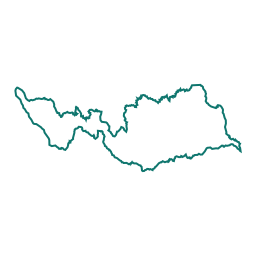 the district of Amajari, Roraima, Brazil
{"feature_id": "56859067B25672649459605", "entity_name": "Amajari", "entity_type": "district", "adm_level": 2, "iso_a3": "BRA", "parent_name": "Brazil", "parent_adm1": "Roraima", "projection": "equal_earth", "projection_center": [-62.603, 3.725], "detail": "fine", "context": "isolated", "style": "outline", "palette": "teal", "viewbox_px": 256, "rotation_deg": 0, "n_neighbors": 0, "source": "geoboundaries", "source_scale": "gbopen_adm2", "svg_char_len": 5846}
<svg xmlns="http://www.w3.org/2000/svg" viewBox="0 0 256 256"><path d="M240.1,147.8L239.3,146.3L239.3,145.3L239.9,143.9L239.5,143.9L238.8,142.1L237.4,141.8L236.5,140.7L236.0,140.8L235.3,139.6L234.5,140.3L233.0,138.8L231.5,139.4L230.0,138.4L229.9,137.4L229.2,137.3L229.5,136.0L229.0,135.5L228.5,135.6L226.2,133.7L226.4,132.1L225.0,127.0L225.9,123.6L225.8,120.2L224.6,117.7L223.6,113.9L222.7,112.7L223.0,110.0L222.8,109.2L221.4,106.8L220.3,105.7L218.2,105.2L218.0,105.8L217.5,105.6L217.0,106.5L217.2,106.8L216.5,106.8L216.3,107.4L216.5,107.7L216.0,108.1L211.1,106.5L208.6,104.7L208.1,103.6L206.9,103.1L205.7,101.1L206.3,98.9L206.2,97.3L205.3,96.4L206.0,93.6L205.4,92.4L205.4,91.5L203.2,88.7L202.9,86.9L201.8,85.9L201.2,85.9L200.5,84.9L192.0,85.3L191.1,87.1L191.2,87.6L189.7,89.2L189.4,90.1L187.8,90.7L187.2,90.4L186.7,89.5L185.7,90.1L185.4,91.0L184.9,91.2L184.7,90.2L183.7,89.4L180.5,90.7L180.2,90.3L180.6,89.6L180.4,89.0L179.8,89.9L177.8,90.5L178.4,91.4L178.1,91.9L177.4,92.2L177.2,91.7L176.4,92.0L176.0,93.7L175.4,93.9L175.7,94.7L175.2,96.5L174.5,96.8L173.7,95.8L172.7,95.9L172.5,96.0L172.6,97.3L171.2,96.7L169.9,97.1L169.5,100.9L168.7,100.2L168.5,99.3L167.2,97.4L166.8,95.4L165.2,97.1L164.7,97.0L164.3,97.5L164.0,96.9L163.3,97.5L162.5,97.0L161.7,97.3L161.5,98.0L162.0,99.3L161.7,99.7L160.7,99.1L160.2,100.0L159.5,99.9L159.9,101.7L158.7,102.0L158.1,102.9L157.2,101.8L155.7,101.3L155.3,100.2L154.4,100.4L152.8,99.9L152.4,99.0L151.0,99.0L150.2,98.1L149.7,98.5L148.7,98.2L148.3,98.6L147.2,97.4L147.0,96.5L146.2,96.6L145.1,95.5L144.9,95.8L143.6,95.0L142.5,95.2L141.9,95.8L141.2,95.5L140.8,96.5L141.6,97.0L141.1,98.3L140.3,98.9L139.3,98.0L138.6,99.1L137.6,98.5L138.0,99.5L137.9,99.9L136.4,100.5L136.8,101.2L136.1,102.5L136.9,102.6L136.9,103.9L137.4,104.9L135.9,105.6L136.1,107.1L134.9,107.0L134.5,106.0L133.3,105.1L132.3,105.4L131.4,105.0L130.6,105.8L129.7,105.5L128.4,106.0L126.6,105.4L125.7,106.0L125.9,106.7L124.9,107.8L125.2,109.3L126.2,110.0L126.1,110.3L125.3,112.4L124.1,113.2L123.8,115.9L125.6,119.0L124.7,120.1L126.2,122.0L127.0,122.3L126.2,123.6L126.7,124.3L126.4,125.8L126.9,129.2L126.2,131.7L124.1,129.8L123.9,128.8L123.0,127.7L121.3,127.0L120.4,129.0L118.6,131.0L117.5,131.8L117.0,131.7L116.0,134.9L114.7,136.4L113.1,136.1L111.7,133.7L111.1,133.3L110.9,132.3L108.4,130.4L109.2,129.3L109.4,126.3L108.9,126.0L107.1,123.1L106.2,122.4L101.7,121.8L100.5,120.1L100.2,116.7L101.2,113.8L101.5,111.7L99.4,111.5L99.1,111.1L97.5,111.4L97.3,110.3L96.2,109.6L95.8,109.9L96.0,111.0L94.5,111.4L91.6,109.7L89.8,109.9L88.5,111.5L89.1,112.0L89.1,112.8L90.3,112.9L90.2,113.6L90.6,114.5L89.2,116.7L89.4,117.9L88.5,118.4L87.6,118.1L86.9,117.3L86.4,117.4L85.8,117.7L86.2,118.9L86.0,119.7L85.8,119.2L85.0,119.0L83.8,117.9L83.2,118.0L83.0,116.1L82.1,116.6L81.1,116.5L81.0,116.2L81.4,115.7L81.0,115.1L81.2,114.1L81.0,113.4L79.5,110.9L78.3,109.8L77.8,108.1L76.1,106.9L75.9,107.2L76.0,108.8L75.2,112.3L75.8,112.9L76.2,112.9L76.7,113.7L77.2,113.8L76.2,114.9L74.9,114.4L74.6,115.1L74.0,114.4L73.2,114.4L73.0,113.9L73.1,113.1L72.3,112.5L70.1,113.0L68.1,112.6L67.4,111.9L65.1,113.2L64.6,113.0L63.1,113.7L62.6,115.4L62.2,115.4L61.9,116.4L61.4,116.5L61.2,117.7L60.5,115.5L59.5,115.2L59.2,113.1L57.4,113.0L57.4,112.3L56.6,111.8L55.3,108.4L54.1,106.5L54.2,104.4L53.3,101.7L50.3,99.1L49.1,99.9L48.0,100.0L46.1,99.0L45.2,99.2L44.6,97.9L43.6,98.1L43.0,98.8L41.4,99.0L38.7,98.4L37.8,98.8L36.3,98.6L34.9,99.6L32.5,100.3L31.5,99.9L30.3,100.1L29.4,101.0L27.7,100.1L25.9,98.3L24.2,93.1L22.0,90.3L17.7,87.7L17.0,87.7L15.8,89.2L15.4,90.8L16.1,95.7L20.3,99.6L21.6,103.5L22.9,105.4L23.4,107.9L24.8,109.1L26.5,112.1L28.4,113.4L29.0,116.7L31.3,119.6L33.2,123.3L34.1,123.9L36.4,124.1L41.2,127.4L41.8,128.3L43.9,129.9L44.6,132.6L48.8,138.5L49.3,140.2L49.4,144.9L51.8,146.1L55.4,145.5L57.6,147.5L58.4,147.7L59.0,148.8L60.9,148.9L61.1,148.1L61.6,147.9L62.8,148.2L63.8,149.4L65.3,149.9L67.5,147.3L68.3,144.5L68.1,144.1L68.7,142.8L69.5,142.8L69.6,141.3L70.5,142.0L70.7,140.9L73.1,139.0L73.0,138.0L74.4,132.7L74.3,131.3L74.7,130.7L74.7,129.6L75.6,128.7L76.5,128.7L77.9,128.0L78.7,126.8L80.9,127.0L82.0,127.6L82.3,128.6L82.1,129.5L83.3,131.1L85.5,130.8L85.6,131.4L86.6,132.2L88.2,132.5L88.7,133.5L91.5,135.8L93.1,136.0L93.8,135.2L94.3,136.3L94.0,136.9L94.1,137.8L95.4,138.8L97.3,137.3L97.9,136.2L97.6,135.0L98.0,133.8L97.9,130.8L100.5,131.1L100.9,131.5L101.8,131.1L102.6,131.8L102.8,133.9L103.9,134.7L104.6,136.7L104.1,137.2L103.7,140.4L103.2,141.3L103.3,142.5L104.7,144.7L104.9,146.0L106.3,146.6L107.0,148.3L108.9,149.4L109.1,150.1L109.6,149.9L111.0,151.7L111.3,152.8L111.9,153.6L112.2,155.0L113.8,155.4L114.7,157.3L116.9,158.0L119.8,160.4L121.2,161.0L121.8,162.3L122.7,162.2L123.6,163.0L126.6,162.9L129.0,164.3L131.3,162.8L131.3,163.2L132.0,162.2L132.3,162.8L132.8,162.6L134.0,163.4L136.4,163.4L139.2,165.2L140.6,165.5L140.9,166.3L141.6,166.8L142.0,170.5L142.8,171.1L144.3,170.9L145.1,170.0L146.0,169.9L147.2,168.9L148.7,169.0L149.3,169.6L150.4,169.1L152.6,170.1L152.9,169.1L154.4,168.4L155.3,166.8L156.0,166.6L158.9,163.2L161.1,162.1L161.5,162.3L162.7,161.2L164.9,162.2L167.5,161.3L168.1,162.0L168.7,161.6L168.9,160.0L169.5,159.3L169.9,159.9L170.5,159.2L171.5,159.2L172.7,160.2L172.8,160.8L173.9,161.1L174.5,158.5L175.0,158.2L175.3,156.9L176.6,156.3L178.8,157.1L180.2,157.1L181.0,156.7L181.2,156.0L181.9,156.3L182.3,157.0L183.9,156.3L185.8,154.5L186.4,156.3L187.5,157.9L188.6,157.6L189.1,158.0L189.4,157.5L190.6,158.4L190.8,157.8L191.4,158.0L192.1,157.4L193.2,155.6L193.8,155.8L194.8,155.0L197.5,154.9L198.9,153.8L200.5,154.6L202.2,154.5L204.9,151.3L206.6,148.3L207.5,147.8L210.4,147.5L212.1,148.9L216.1,148.3L218.1,148.5L221.9,145.6L223.0,145.7L223.5,146.6L224.0,146.8L225.5,145.5L227.1,145.8L229.8,145.2L230.4,144.5L231.5,144.2L232.8,144.3L233.9,145.7L235.4,146.1L236.9,147.4L237.5,148.6L239.1,149.4L240.0,150.8L240.6,151.2L240.1,147.8Z" fill="none" stroke="#0f766e" stroke-width="2"/></svg>